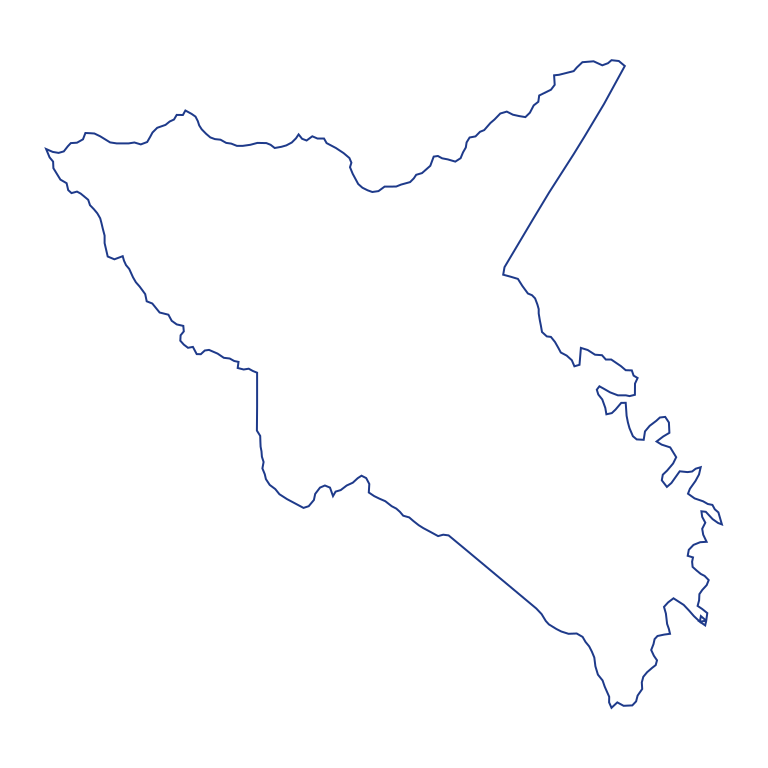 Ipiranga, Paraná, Brazil
{"feature_id": "56859067B27547702654677", "entity_name": "Ipiranga", "entity_type": "district", "adm_level": 2, "iso_a3": "BRA", "parent_name": "Brazil", "parent_adm1": "Paraná", "projection": "mercator", "projection_center": [-50.567, -25.008], "detail": "fine", "context": "isolated", "style": "outline", "palette": "blue", "viewbox_px": 768, "rotation_deg": 0, "n_neighbors": 0, "source": "geoboundaries", "source_scale": "gbopen_adm2", "svg_char_len": 4842}
<svg xmlns="http://www.w3.org/2000/svg" viewBox="0 0 768 768"><path d="M611.5,707.8L617.3,702.4L623.6,705.8L632.3,705.4L636.1,701.4L637.6,695.6L642.2,689.0L641.8,682.4L643.3,676.8L647.1,672.2L652.2,667.8L655.7,665.1L657.0,660.3L653.9,655.8L651.2,650.0L653.5,644.1L654.6,639.1L657.5,636.0L664.1,634.6L670.0,633.8L668.9,629.0L667.1,623.9L665.9,613.6L664.0,606.9L668.1,602.4L673.5,598.3L683.7,604.9L689.0,610.5L693.9,616.1L699.8,621.7L700.9,616.1L706.2,620.7L707.3,613.1L702.2,609.0L697.6,605.9L699.1,600.3L699.4,594.1L702.3,589.9L706.7,585.1L708.7,580.1L704.6,575.9L700.7,573.9L696.6,570.5L692.6,566.9L692.1,561.7L693.0,557.4L687.7,555.8L688.8,549.8L693.5,544.9L700.2,542.2L706.6,541.8L703.2,534.7L702.2,528.8L705.3,522.7L702.2,516.9L701.4,511.3L705.8,511.8L712.6,519.1L718.1,523.0L721.9,524.4L718.4,512.4L714.8,509.3L712.4,504.9L707.8,504.0L703.1,501.3L694.6,498.4L688.0,493.7L689.9,488.8L695.4,481.1L699.0,474.5L700.7,467.2L695.7,468.7L692.1,471.5L687.5,472.1L679.7,471.3L671.4,483.0L666.9,486.9L661.8,480.3L662.8,474.7L667.1,470.6L673.1,463.5L676.2,457.2L670.2,447.4L661.6,444.6L656.6,441.5L663.2,436.5L669.4,432.8L668.9,422.5L665.2,416.9L659.9,417.5L656.3,420.8L649.7,425.8L645.0,431.4L643.7,439.8L636.7,439.4L632.9,436.2L629.5,428.2L627.9,422.4L626.6,415.8L625.7,402.8L621.2,402.9L615.5,409.6L611.8,413.1L606.4,414.3L605.3,407.9L602.3,399.5L598.3,394.5L596.8,389.7L599.4,386.3L603.4,388.5L610.2,392.4L617.8,395.3L625.7,395.3L629.6,396.1L634.9,394.8L635.0,383.6L637.6,378.0L633.6,375.6L631.8,370.4L625.7,370.2L620.9,366.1L611.2,359.5L605.8,359.5L602.0,355.2L595.0,354.7L587.7,350.0L580.9,347.9L579.5,364.8L574.4,366.3L571.8,360.2L566.7,355.6L560.8,352.5L558.4,348.0L555.0,342.0L550.9,336.9L546.8,336.4L542.0,332.0L540.9,325.7L539.9,320.7L538.7,313.5L538.7,309.1L537.4,304.5L535.1,298.4L532.0,295.2L527.9,293.5L522.4,286.0L517.9,278.9L510.6,276.7L503.2,274.7L504.5,267.2L533.2,218.9L549.1,192.5L573.7,154.1L584.6,136.4L604.0,104.0L624.8,66.0L618.8,61.0L611.5,60.2L608.0,63.2L602.3,65.3L593.6,61.3L582.4,62.2L576.8,67.5L573.7,71.1L559.0,74.8L554.1,75.3L554.7,84.8L551.0,89.7L539.2,95.5L538.3,101.8L533.7,105.4L529.9,112.7L525.4,117.1L519.3,116.1L512.9,114.7L506.8,111.6L500.3,113.5L494.5,119.5L490.4,123.0L484.2,130.1L480.0,131.8L475.5,136.4L469.6,137.5L466.6,142.4L465.8,147.5L463.0,152.4L460.6,158.2L455.3,161.6L447.8,159.4L442.1,158.3L437.9,156.0L433.7,156.6L430.3,165.8L422.0,173.1L416.2,174.8L413.8,178.4L410.1,182.1L401.0,184.6L396.3,186.5L391.5,186.6L384.6,186.6L378.5,191.1L372.3,192.0L367.6,190.3L362.4,187.7L358.2,184.0L352.7,173.8L350.0,167.2L351.4,162.7L349.4,158.0L343.6,153.1L335.9,148.0L326.6,143.1L324.0,138.5L317.4,138.5L312.3,136.3L306.6,140.5L302.1,138.8L298.6,134.4L296.0,138.3L291.8,142.5L286.3,145.4L281.4,146.8L274.7,148.0L270.6,144.8L266.4,143.1L257.4,142.9L250.3,144.8L242.5,145.9L237.0,145.9L231.2,143.6L226.2,142.9L220.5,139.7L214.9,139.1L210.3,137.4L206.1,133.8L201.7,129.3L199.2,125.4L197.8,121.1L195.5,116.6L191.6,113.9L185.4,110.5L182.9,115.0L176.7,114.9L174.0,119.5L169.7,121.5L165.5,124.9L157.2,127.8L152.5,132.5L150.3,136.6L147.2,142.0L140.8,144.4L134.4,142.5L128.6,143.4L122.5,143.4L116.7,143.4L110.1,142.4L100.2,136.3L94.4,133.5L90.0,133.2L85.4,133.0L83.0,139.3L77.0,142.7L70.8,143.1L67.8,146.3L63.8,151.4L58.6,152.9L52.7,151.9L46.1,149.0L49.6,157.4L53.1,161.6L53.4,168.2L60.4,179.6L66.6,183.2L68.2,190.1L71.5,193.1L77.0,191.6L80.7,193.6L88.2,199.8L90.0,205.2L93.8,209.1L97.3,213.3L100.2,218.3L101.5,223.2L102.8,228.7L104.6,235.6L104.6,243.1L107.7,256.5L114.4,259.3L122.7,256.2L124.0,260.7L126.0,265.1L129.2,268.9L133.0,277.3L135.9,282.3L139.6,286.5L145.2,294.1L146.7,301.3L152.3,303.5L159.6,312.5L168.4,314.7L171.7,320.8L176.7,324.4L183.3,325.9L183.8,331.4L180.6,335.3L180.3,340.7L183.8,344.6L188.0,347.8L192.9,346.9L196.7,354.1L200.8,354.2L204.8,350.5L209.0,349.9L217.6,353.6L223.8,357.8L229.7,358.5L234.2,361.0L238.5,361.9L237.7,368.0L243.7,369.5L248.7,368.7L252.9,371.0L257.1,372.7L257.1,406.5L256.9,430.6L260.2,435.9L260.4,442.1L260.6,446.7L261.5,451.4L261.9,456.7L263.6,462.0L262.4,468.4L264.8,474.3L265.9,479.1L269.7,484.9L275.3,489.1L279.4,494.2L287.0,499.1L303.5,507.9L308.7,506.2L313.9,500.0L315.2,493.9L320.0,487.6L324.9,485.5L330.0,487.6L333.0,496.1L335.6,491.6L340.7,490.1L346.7,485.5L352.8,482.7L357.7,478.2L361.5,475.7L366.2,478.1L369.3,484.0L368.8,492.5L374.2,496.1L379.3,498.6L385.3,501.2L391.7,506.2L396.3,508.6L399.9,511.8L403.2,515.7L409.2,517.4L413.5,521.1L418.7,525.2L423.3,528.1L430.6,532.0L438.1,536.1L443.2,534.7L448.6,535.4L465.0,549.0L536.3,608.5L541.6,614.1L545.8,621.0L548.9,624.4L556.4,629.0L561.3,631.5L568.5,633.8L576.7,633.5L582.6,636.9L585.5,641.9L589.2,646.4L591.9,651.7L594.3,657.5L595.4,666.3L597.9,674.6L602.6,680.5L604.7,686.6L609.2,696.8L609.1,702.4L611.5,707.8ZM699.8,621.7L705.2,625.4L706.2,620.7L699.8,621.7Z" fill="none" stroke="#1e3a8a" stroke-width="2"/></svg>